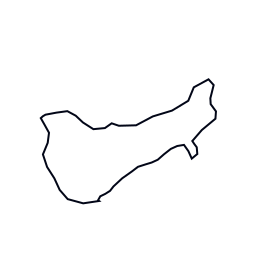 the border of Duarte, rotated 318°
{"feature_id": "DOM-1979", "entity_name": "Duarte", "entity_type": "Province", "adm_level": 1, "iso_a3": "DOM", "parent_name": "Dominican Republic", "parent_adm1": "", "projection": "albers", "projection_center": [-70.055, 19.269], "detail": "fine", "context": "isolated", "style": "outline", "palette": "ink", "viewbox_px": 256, "rotation_deg": 318, "n_neighbors": 0, "source": "natural_earth", "source_scale": "10m", "svg_char_len": 813}
<svg xmlns="http://www.w3.org/2000/svg" viewBox="0 0 256 256"><g transform="rotate(318 128 128)"><path d="M72.7,62.3L75.6,62.9L85.1,68.7L94.2,74.9L97.4,83.9L98.2,93.7L101.5,105.7L110.8,112.6L119.0,113.6L122.7,120.2L135.8,131.4L154.2,136.0L172.3,144.5L191.0,148.1L204.1,141.8L220.4,145.7L220.4,153.4L213.3,158.2L209.1,161.0L205.4,165.6L204.5,174.5L199.2,179.6L181.5,178.9L167.1,180.7L166.6,183.9L166.2,188.3L162.1,193.7L154.9,193.4L157.4,185.6L158.3,178.0L152.5,174.3L145.9,172.2L137.2,171.6L128.9,171.5L122.5,169.5L116.5,166.7L109.4,163.5L101.8,162.9L90.0,161.5L78.1,161.7L72.6,162.7L66.9,161.7L61.7,160.2L56.7,161.9L57.5,161.7L57.7,162.9L44.3,154.0L35.6,140.5L35.8,128.3L39.6,116.1L41.8,102.8L47.1,90.7L58.4,85.3L66.1,78.7L68.2,69.6L69.8,62.3L72.7,62.3Z" fill="none" stroke="#020617" stroke-width="2"/></g></svg>